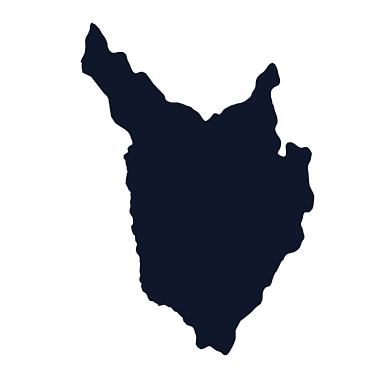 Nova Guarita, Mato Grosso, Brazil, rotated 5°
{"feature_id": "56859067B53302973548403", "entity_name": "Nova Guarita", "entity_type": "district", "adm_level": 2, "iso_a3": "BRA", "parent_name": "Brazil", "parent_adm1": "Mato Grosso", "projection": "natural_earth1", "projection_center": [-55.345, -10.288], "detail": "fine", "context": "isolated", "style": "filled", "palette": "ink", "viewbox_px": 384, "rotation_deg": 5, "n_neighbors": 0, "source": "geoboundaries", "source_scale": "gbopen_adm2", "svg_char_len": 4362}
<svg xmlns="http://www.w3.org/2000/svg" viewBox="0 0 384 384"><g transform="rotate(5 192 192)"><path d="M70.5,71.6L71.9,73.0L71.7,76.0L72.5,79.3L73.1,82.0L81.9,85.3L95.9,100.5L99.5,103.4L101.2,105.9L105.5,123.6L109.9,129.4L111.6,130.4L115.1,132.3L118.9,134.2L120.5,135.1L122.8,136.7L124.4,138.1L125.9,140.3L127.1,143.1L128.0,144.9L129.1,147.2L129.2,150.1L125.8,152.5L124.7,154.5L125.6,156.9L124.8,159.0L122.8,160.3L121.5,161.7L121.7,164.2L123.5,165.5L124.0,168.0L124.4,170.2L125.6,172.6L125.8,175.2L126.9,177.1L126.3,179.3L126.1,182.0L125.8,184.9L125.9,189.2L127.6,192.0L129.4,195.1L131.7,197.0L131.7,200.5L132.5,203.5L131.8,206.8L132.5,210.0L132.7,212.6L132.2,215.0L132.2,217.4L133.9,219.9L136.0,222.5L136.5,226.1L136.8,229.2L135.1,231.7L136.0,235.2L137.6,238.6L139.8,240.2L140.1,243.0L140.6,245.6L142.0,247.1L142.7,249.3L142.0,251.6L141.8,253.9L142.7,256.9L145.2,259.5L146.5,262.2L146.5,264.8L147.2,267.5L147.4,271.1L147.4,275.1L147.8,277.0L148.5,279.1L148.3,281.1L147.8,283.2L148.4,285.6L150.5,286.6L150.2,290.3L152.1,294.7L155.0,296.1L156.8,298.2L158.3,301.7L160.1,303.5L162.3,303.3L165.8,305.2L167.6,305.7L169.0,307.6L171.9,306.7L174.5,305.9L176.4,306.7L178.8,307.9L181.7,308.1L183.5,310.2L185.7,311.9L187.9,312.1L189.6,314.0L192.7,316.5L194.3,317.4L195.4,321.2L197.4,322.8L198.7,324.2L201.2,324.8L204.3,325.5L206.5,327.8L207.3,330.0L208.1,332.1L209.2,334.2L209.6,336.4L209.8,340.6L209.6,342.9L211.6,345.6L214.5,347.1L216.5,346.5L218.7,345.3L222.2,343.0L225.0,343.9L227.6,345.6L230.7,347.3L234.8,348.3L238.4,351.0L240.6,350.6L242.2,348.5L243.9,345.0L245.1,342.3L246.4,338.9L247.0,336.5L247.5,334.1L247.2,330.4L246.8,327.3L247.0,325.1L247.9,322.9L248.8,320.9L249.9,318.2L251.2,315.4L252.8,314.1L254.8,312.2L257.8,309.4L260.1,307.2L261.9,305.1L264.1,302.2L266.4,299.7L269.5,297.1L270.8,293.1L270.7,288.8L270.5,286.2L271.1,283.8L272.1,281.6L273.9,279.5L276.2,278.9L277.7,277.6L278.5,275.5L279.0,272.5L280.2,267.7L281.1,265.2L282.6,263.1L283.6,260.7L284.7,257.7L286.4,253.3L288.4,250.8L289.2,248.3L290.9,245.8L292.9,244.3L295.2,243.6L298.8,242.2L300.7,240.9L302.7,238.9L303.8,237.1L304.9,232.8L305.8,230.4L307.0,228.8L307.2,226.7L305.5,221.9L304.9,219.5L303.0,216.5L302.5,213.7L303.4,210.5L304.0,208.5L304.1,205.2L305.3,201.8L308.1,201.5L309.8,201.4L311.3,200.2L312.9,197.6L313.4,195.2L313.5,192.4L313.5,186.4L312.7,183.7L308.0,176.0L306.9,171.1L305.6,162.7L304.8,159.9L304.5,157.8L304.8,154.5L306.7,149.8L307.0,146.1L307.4,143.3L306.3,141.7L305.0,139.8L303.0,138.1L300.3,138.1L298.3,139.0L296.2,139.2L293.9,138.4L291.8,137.2L289.7,135.8L287.9,134.9L285.7,134.5L283.2,135.2L282.0,137.6L282.4,140.5L283.0,144.3L283.0,147.6L281.0,149.7L278.7,149.4L276.8,148.8L274.6,147.8L273.1,145.8L273.8,143.8L275.3,140.8L275.8,137.8L275.8,135.5L275.2,133.1L273.7,130.6L271.9,128.6L270.1,126.0L268.9,123.5L268.5,121.1L269.4,118.1L270.4,115.6L270.1,112.4L269.1,109.0L268.1,106.8L267.0,104.6L266.2,102.5L265.7,100.6L265.0,98.8L263.5,96.7L263.1,93.7L261.9,91.5L261.5,89.0L261.2,86.5L261.3,84.1L262.6,81.7L264.6,79.7L266.6,78.5L268.6,77.4L269.4,74.8L269.0,71.7L268.1,69.8L266.8,66.3L265.8,62.9L264.6,60.4L263.2,58.3L261.1,57.0L258.9,58.1L257.2,60.5L255.8,63.1L254.2,65.6L252.8,67.1L251.2,68.4L249.6,69.9L247.8,72.3L246.8,75.1L246.7,77.2L246.8,80.0L246.5,82.9L245.4,85.3L243.9,88.0L243.3,90.9L242.0,93.2L239.6,95.3L237.9,97.1L235.5,98.6L233.8,99.4L232.1,100.0L229.9,100.5L226.9,101.8L223.8,103.0L221.2,104.6L219.1,105.9L217.5,107.2L216.1,108.9L215.0,111.2L212.4,113.5L209.6,112.3L207.5,112.4L206.2,114.1L205.0,116.1L203.1,118.4L200.5,120.6L198.7,121.0L197.0,119.9L194.8,117.4L193.1,115.2L191.3,113.2L189.2,111.9L186.4,110.6L183.6,108.3L180.7,107.4L178.5,107.1L176.2,106.2L173.0,105.4L171.2,105.0L169.4,104.8L166.6,105.1L164.2,105.3L162.2,105.1L159.9,104.5L158.1,103.7L156.7,101.9L155.8,99.1L154.0,97.1L152.0,95.5L150.6,94.2L149.1,93.0L146.8,90.9L144.4,88.8L142.6,86.9L140.3,84.1L137.6,81.1L134.9,78.2L131.8,77.3L129.6,77.8L127.5,78.9L125.4,79.6L123.3,78.8L122.0,77.6L120.9,76.0L119.9,74.2L118.3,70.9L116.7,68.2L115.5,66.3L114.8,63.9L113.7,61.1L111.1,59.4L108.1,59.4L104.9,60.2L102.5,61.0L99.6,60.7L97.0,58.9L95.6,56.8L94.6,54.7L94.1,51.6L92.7,48.7L91.4,46.4L89.9,44.7L87.5,41.9L85.2,38.3L82.8,36.1L80.4,34.0L77.4,33.0L76.7,35.0L76.7,39.2L75.3,43.8L73.6,47.2L73.1,50.3L73.9,56.7L73.9,60.7L73.6,63.5L71.4,68.9L70.5,71.6Z" fill="#0f172a" stroke="#020617" stroke-width="1.5"/></g></svg>